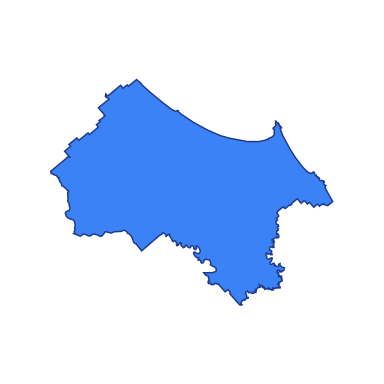 Byron, New South Wales, Australia (Natural Earth projection), rotated 311°
{"feature_id": "25037944B26997804636733", "entity_name": "Byron", "entity_type": "district", "adm_level": 2, "iso_a3": "AUS", "parent_name": "Australia", "parent_adm1": "New South Wales", "projection": "natural_earth1", "projection_center": [153.501, -28.613], "detail": "fine", "context": "isolated", "style": "filled", "palette": "blue", "viewbox_px": 384, "rotation_deg": 311, "n_neighbors": 0, "source": "geoboundaries", "source_scale": "gbopen_adm2", "svg_char_len": 6086}
<svg xmlns="http://www.w3.org/2000/svg" viewBox="0 0 384 384"><g transform="rotate(311 192 192)"><path d="M277.1,304.5L281.7,291.6L283.0,289.1L283.7,289.0L283.9,288.4L284.6,288.6L284.3,286.8L285.0,285.2L285.6,284.8L286.2,285.4L286.7,284.6L286.2,282.8L285.1,281.7L284.6,280.7L284.8,279.6L285.3,279.1L285.6,279.5L285.5,279.1L285.9,279.2L286.1,278.8L285.4,277.3L285.9,277.0L285.5,276.2L286.1,275.1L285.6,275.1L285.4,274.6L286.3,272.2L286.8,272.0L286.9,270.6L285.6,270.1L284.9,270.3L284.2,269.8L283.0,266.6L283.0,263.0L283.5,258.5L285.9,247.1L288.8,237.5L294.4,222.7L297.8,216.9L298.2,216.6L299.1,217.5L299.6,216.9L299.4,215.1L299.6,215.3L299.7,213.6L300.2,213.3L299.9,212.9L300.6,212.1L300.7,211.4L300.0,210.4L300.6,209.1L300.3,208.7L300.1,209.3L298.8,209.7L297.9,211.1L296.9,211.7L293.5,211.3L293.0,211.7L293.4,212.1L292.6,213.6L290.6,215.1L290.1,216.2L289.2,216.5L286.2,216.4L282.7,214.6L281.5,214.9L281.5,214.5L278.9,213.1L273.8,209.3L267.5,201.9L267.0,201.8L257.2,185.0L253.1,176.4L248.9,162.9L245.5,147.4L243.7,133.3L243.6,128.2L244.3,128.2L244.1,127.6L242.5,126.9L241.8,125.9L240.9,122.2L240.3,112.8L239.8,95.3L240.0,84.1L240.5,82.4L240.5,76.4L230.2,74.6L230.3,72.8L225.1,71.9L225.7,68.1L214.6,66.3L214.6,66.6L209.1,65.3L209.5,62.6L207.3,63.9L207.1,65.5L208.0,67.3L207.7,68.5L194.1,66.1L192.7,75.8L192.0,75.6L191.8,76.4L186.0,75.4L186.0,75.1L185.0,74.9L184.7,76.6L180.1,75.7L179.6,78.7L168.1,77.0L168.4,74.8L156.8,72.7L157.2,69.6L147.2,67.9L146.9,70.4L139.2,69.1L138.1,76.6L136.5,75.0L135.3,75.1L114.8,71.8L113.5,73.8L114.6,74.8L114.3,76.1L115.5,79.0L114.9,81.3L115.5,82.3L114.5,82.7L112.9,86.2L112.9,87.9L111.4,89.3L111.3,90.1L112.0,91.4L111.7,92.6L112.0,94.4L111.4,97.2L111.9,98.1L111.6,98.6L110.4,98.6L109.3,99.1L105.5,103.0L103.6,104.2L102.5,107.1L101.1,108.4L99.8,110.6L97.4,111.4L96.1,110.5L94.1,110.0L92.6,110.5L91.2,113.3L91.0,114.8L91.6,117.7L92.7,119.6L93.1,121.6L92.8,122.2L91.4,124.5L89.5,126.3L87.6,127.1L86.8,128.6L85.1,128.9L84.3,129.7L84.0,131.1L83.3,130.5L85.2,136.3L85.8,136.9L89.1,137.7L89.8,138.3L90.9,142.4L91.7,143.8L95.6,145.0L97.5,148.6L98.0,151.0L98.8,152.4L100.3,153.0L105.2,152.6L108.1,158.1L110.9,159.3L115.9,164.5L118.7,165.7L119.3,168.5L118.5,170.7L119.2,171.7L119.2,172.5L118.5,176.3L115.8,181.1L115.7,182.7L116.2,183.8L114.5,192.6L138.3,196.0L140.3,196.9L142.2,196.5L142.7,199.9L142.4,200.8L141.5,201.2L141.5,201.6L143.8,201.9L144.9,202.3L145.3,202.9L144.1,203.7L143.6,206.3L142.2,209.3L142.3,210.5L143.4,210.5L144.2,211.5L144.1,212.2L143.5,213.0L143.5,214.9L142.0,214.8L141.5,215.6L142.4,216.3L144.8,216.3L146.3,216.8L146.3,217.8L145.1,218.0L144.6,218.5L144.2,221.9L145.7,222.6L148.0,222.2L148.2,222.7L147.8,225.1L148.3,226.8L148.9,227.2L150.9,226.7L152.0,227.8L151.9,229.1L150.4,230.6L150.7,232.4L152.3,232.5L153.5,230.8L154.2,230.7L154.5,231.1L154.6,232.5L154.3,234.5L153.0,236.8L152.3,237.4L150.0,237.7L149.1,236.3L148.4,233.4L147.6,232.9L146.8,233.3L145.7,235.6L145.6,238.4L146.8,240.3L145.4,240.5L144.6,241.3L145.4,242.1L145.9,243.5L144.7,245.1L144.8,246.2L146.1,246.9L148.8,245.9L150.5,246.8L152.0,249.5L152.0,250.7L150.8,252.8L149.3,253.4L149.0,254.0L150.1,258.0L150.3,260.0L148.5,262.0L147.4,262.0L144.6,260.4L138.8,253.9L138.2,256.9L139.1,259.2L139.0,260.1L137.9,260.7L137.6,262.2L136.2,262.4L136.1,263.8L134.5,263.1L133.8,264.5L134.7,265.1L134.6,266.6L135.3,266.9L135.0,267.7L136.4,269.2L137.9,269.0L138.3,269.9L139.1,270.3L139.0,271.5L139.8,272.3L138.4,282.6L141.9,283.1L141.5,286.5L140.0,287.3L138.1,302.2L138.9,303.3L139.8,303.7L140.0,301.9L142.1,301.3L144.6,301.4L144.9,301.7L144.5,302.2L144.9,302.9L147.2,302.6L148.1,303.7L149.0,304.0L149.3,303.6L148.7,303.1L148.9,301.9L150.1,300.7L150.6,299.0L151.9,298.3L153.6,298.9L153.1,300.7L155.0,302.7L154.8,303.8L156.1,304.9L156.8,304.1L157.4,304.2L157.6,305.6L158.1,306.1L160.1,305.0L160.1,304.5L159.5,304.1L159.7,303.8L161.3,304.5L163.1,304.2L163.6,305.1L165.2,306.0L165.2,304.9L165.9,303.8L165.9,304.9L166.9,305.4L167.5,306.7L167.4,307.9L166.7,307.3L166.3,307.8L166.3,308.5L167.6,309.2L166.7,309.9L166.3,311.0L167.6,311.5L168.2,312.4L169.6,312.4L169.6,313.1L169.9,313.4L169.1,313.9L170.2,314.4L170.0,315.5L170.4,315.9L170.4,316.7L170.9,316.6L171.5,317.4L171.6,316.5L172.4,316.7L172.8,316.1L173.2,317.3L173.8,317.5L174.3,318.6L175.1,318.3L175.9,319.8L176.8,319.8L177.1,321.2L177.5,321.4L178.0,320.8L177.4,320.6L177.3,319.7L177.9,319.7L179.3,318.2L178.6,317.7L178.7,317.1L179.3,317.1L179.5,318.0L180.0,318.0L180.3,316.8L180.9,316.5L182.0,317.7L183.5,317.8L184.0,318.4L184.7,317.7L184.9,316.8L185.9,316.5L186.2,315.5L187.0,314.9L185.6,314.7L186.2,313.6L185.2,312.8L186.5,312.7L186.3,311.6L187.6,310.4L187.0,309.4L187.7,309.3L187.7,308.5L188.1,308.1L190.0,308.3L189.3,310.6L190.4,312.0L190.9,312.0L190.8,311.1L191.8,312.3L193.1,312.7L193.9,312.4L194.6,311.6L195.4,311.5L194.5,309.9L194.4,307.9L194.7,306.2L195.7,305.4L194.3,304.8L193.6,305.7L192.3,306.0L191.0,303.8L191.4,302.8L190.5,302.5L192.0,300.9L192.0,300.3L189.2,299.3L188.8,298.5L188.9,297.9L190.0,297.2L192.0,297.3L192.8,296.7L194.7,296.2L194.7,295.4L194.3,295.0L192.1,294.3L191.0,293.0L191.1,291.7L192.7,290.3L193.1,288.7L194.9,288.1L195.0,290.3L196.2,290.8L196.2,292.4L197.3,293.5L197.8,293.0L197.8,291.7L199.0,291.5L199.8,290.7L199.5,289.4L198.8,288.9L200.4,287.5L201.4,287.1L202.4,287.4L203.0,289.3L203.5,289.7L204.2,288.6L204.9,288.4L204.8,289.1L205.6,288.1L206.5,288.1L207.0,286.9L206.8,285.7L208.5,286.9L209.2,285.3L209.0,284.7L208.2,284.0L208.5,283.6L212.1,284.8L212.8,285.7L213.6,285.7L213.7,287.0L214.4,286.8L215.3,287.5L214.7,286.7L215.9,286.4L216.6,284.3L215.4,283.7L218.4,281.5L219.5,282.2L219.6,281.5L220.9,281.1L220.8,280.4L221.4,279.4L223.0,279.8L223.8,278.7L223.2,276.5L224.4,274.9L226.9,274.9L226.8,273.8L227.4,273.2L227.7,273.5L228.9,273.2L230.3,273.4L231.2,272.6L231.6,270.2L233.3,269.3L240.7,270.5L240.4,272.5L240.9,273.3L246.6,274.2L246.5,274.9L247.0,275.1L248.1,275.3L249.1,274.8L256.0,275.9L255.1,281.7L259.3,282.4L258.6,287.0L261.3,287.5L260.4,293.9L265.3,294.7L264.9,297.5L268.5,298.1L268.4,299.1L269.6,299.4L269.5,300.7L270.7,303.3L277.1,304.5Z" fill="#3b82f6" stroke="#1e3a8a" stroke-width="1.5"/></g></svg>